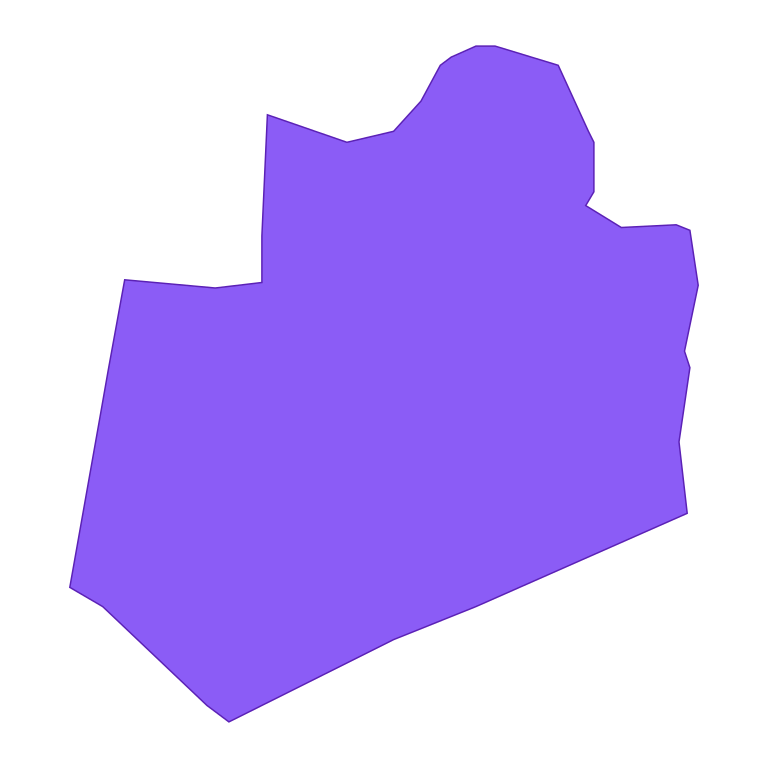 the Region of Bay
{"feature_id": "SOM-2313", "entity_name": "Bay", "entity_type": "Region", "adm_level": 1, "iso_a3": "SOM", "parent_name": "Somalia", "parent_adm1": "", "projection": "mercator", "projection_center": [43.708, 2.69], "detail": "fine", "context": "isolated", "style": "filled", "palette": "violet", "viewbox_px": 768, "rotation_deg": 0, "n_neighbors": 0, "source": "natural_earth", "source_scale": "10m", "svg_char_len": 545}
<svg xmlns="http://www.w3.org/2000/svg" viewBox="0 0 768 768"><path d="M495.1,46.1L558.2,65.3L588.4,131.3L593.9,142.3L593.9,191.8L585.7,205.6L621.3,227.5L676.2,224.8L689.9,230.3L698.2,285.3L684.5,351.2L689.9,367.7L679.0,441.9L687.2,513.3L475.9,606.6L393.6,639.6L322.2,675.3L228.9,721.9L207.0,705.5L102.7,606.6L69.8,587.4L100.0,417.1L108.2,370.4L124.7,279.8L215.2,288.0L261.9,282.5L261.9,235.8L267.4,114.8L346.9,142.3L393.6,131.3L421.0,101.1L440.3,65.3L451.2,57.1L475.9,46.1L495.1,46.1Z" fill="#8b5cf6" stroke="#5b21b6" stroke-width="1.5"/></svg>